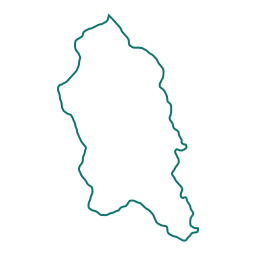 Villa Altagracia, San Cristóbal, Dominican Republic (Robinson projection)
{"feature_id": "3306468B65787617435828", "entity_name": "Villa Altagracia", "entity_type": "district", "adm_level": 2, "iso_a3": "DOM", "parent_name": "Dominican Republic", "parent_adm1": "San Cristóbal", "projection": "robinson", "projection_center": [-70.202, 18.655], "detail": "fine", "context": "isolated", "style": "outline", "palette": "teal", "viewbox_px": 256, "rotation_deg": 0, "n_neighbors": 0, "source": "geoboundaries", "source_scale": "gbopen_adm2", "svg_char_len": 5811}
<svg xmlns="http://www.w3.org/2000/svg" viewBox="0 0 256 256"><path d="M59.8,84.9L58.8,86.3L58.3,87.1L58.2,87.6L58.0,88.6L58.1,90.1L58.1,90.5L58.4,91.4L59.1,93.1L59.4,93.9L59.6,94.9L60.0,97.9L60.1,98.9L60.4,99.8L61.1,101.4L61.4,102.3L61.6,103.3L61.9,106.3L62.0,107.3L62.5,108.6L63.8,111.0L66.9,113.3L68.1,113.9L69.7,114.4L70.4,114.7L70.8,114.9L71.3,115.6L72.8,118.2L73.6,120.4L74.8,122.9L75.0,123.8L75.4,125.7L75.6,126.7L76.5,128.7L76.8,129.6L77.2,132.1L77.5,133.0L78.6,135.5L79.3,137.2L80.3,139.2L81.1,141.0L81.5,141.8L82.4,143.0L84.9,146.0L85.4,146.7L85.8,147.5L85.9,147.9L85.8,148.7L85.1,150.7L84.5,153.5L84.2,154.4L83.4,156.0L83.2,156.9L83.0,157.9L82.7,160.9L82.5,161.9L82.4,162.3L81.9,163.2L80.1,165.6L79.6,166.4L79.4,166.9L79.1,167.8L79.0,169.3L79.2,170.3L79.5,171.2L80.5,173.2L81.2,175.0L81.7,175.8L82.6,177.0L84.6,179.2L85.5,180.4L86.3,181.6L87.1,183.3L87.6,184.0L88.5,184.9L89.2,185.4L90.3,186.0L91.0,186.5L91.6,187.1L91.9,187.5L92.2,188.4L92.4,189.4L92.5,190.9L92.4,192.4L92.2,193.4L91.9,194.3L91.0,196.3L90.7,197.2L90.2,199.6L89.8,200.5L88.9,202.5L88.7,203.6L88.5,205.2L88.5,206.2L88.7,207.2L88.9,207.7L89.1,208.1L89.7,208.7L92.2,210.2L93.0,210.5L95.6,211.2L96.5,211.6L97.2,212.1L99.5,214.0L100.3,214.6L101.2,214.9L102.2,215.0L103.7,215.1L105.2,215.1L106.7,214.9L107.6,214.7L109.9,213.5L110.8,213.2L112.5,212.8L113.4,212.6L115.6,211.4L118.0,210.7L118.7,210.2L119.0,210.0L119.9,208.7L120.4,208.0L121.1,207.5L121.4,207.3L122.7,206.8L125.9,206.1L128.0,203.3L129.1,201.5L129.4,201.2L129.7,200.9L130.1,200.8L130.9,200.6L131.8,200.5L132.7,200.5L134.1,200.8L134.9,201.1L136.8,202.1L137.6,202.4L139.8,203.0L140.7,203.4L141.8,204.4L144.4,207.0L145.5,208.0L146.3,208.6L147.9,209.5L149.2,210.4L150.3,211.4L151.7,213.0L152.7,214.2L153.3,215.1L153.7,216.0L154.2,217.3L155.2,219.4L156.1,221.5L156.6,222.3L157.2,222.9L157.9,223.5L158.2,223.7L159.4,224.3L160.9,225.1L161.7,225.4L162.6,225.7L164.8,225.9L165.6,226.1L166.3,226.4L166.6,226.7L166.9,227.0L167.2,227.8L167.3,228.7L167.4,230.6L167.6,231.5L167.7,232.0L168.1,232.8L168.4,233.1L169.0,233.8L169.8,234.3L173.2,236.1L174.1,236.3L176.3,236.8L177.1,237.2L179.0,238.3L180.6,239.1L182.4,240.2L183.2,240.5L184.1,240.6L184.9,240.6L185.7,240.3L186.0,240.1L186.3,239.8L187.2,238.5L187.7,237.8L188.2,237.3L189.8,236.0L190.9,234.3L191.5,233.7L192.1,233.1L192.5,232.9L193.3,232.7L195.9,232.4L196.7,232.2L197.0,232.0L197.4,231.7L197.6,231.4L197.9,230.6L198.0,229.7L197.9,228.2L195.7,228.2L194.7,228.0L194.3,227.9L193.5,227.5L191.5,226.2L190.8,225.6L190.6,225.2L190.5,224.8L190.3,223.9L190.2,222.4L190.3,220.4L190.5,218.9L190.8,217.9L191.0,217.5L191.5,216.7L192.6,215.2L193.1,214.4L193.2,214.0L193.3,213.6L193.2,213.1L193.1,212.7L192.7,211.9L191.3,210.0L190.9,209.1L190.6,208.2L190.2,206.3L189.9,205.4L189.4,204.5L187.7,202.0L187.2,201.1L186.9,200.2L186.5,198.6L186.1,197.9L185.9,197.6L185.6,197.4L185.2,197.3L184.9,197.3L184.2,197.4L183.1,197.9L182.8,198.0L182.4,197.9L181.8,197.5L181.2,196.9L181.0,196.5L180.8,195.6L180.7,195.1L180.8,194.1L181.0,193.2L181.1,192.7L182.0,190.8L182.3,189.9L182.3,189.0L182.2,188.5L182.0,188.0L181.5,187.2L180.9,186.4L177.1,182.2L175.8,180.6L175.3,179.8L174.3,177.6L172.6,175.3L172.2,174.5L172.0,174.1L172.0,173.6L172.0,173.2L172.4,172.3L174.3,169.7L175.6,167.1L178.0,164.0L178.4,163.1L178.7,162.1L178.7,161.6L178.7,160.6L178.6,159.6L178.5,159.1L178.1,158.3L177.2,156.7L176.5,155.0L175.6,153.5L175.3,152.7L175.1,151.7L175.2,151.3L175.3,150.8L175.5,150.4L175.7,150.1L176.3,149.6L176.6,149.4L177.0,149.3L177.4,149.4L177.7,149.5L179.0,150.1L179.8,150.4L181.2,150.5L182.1,150.4L182.5,150.3L183.7,149.8L185.7,148.5L186.0,148.2L186.2,147.8L186.4,147.4L186.5,146.5L186.3,145.7L186.1,145.3L185.9,144.9L185.5,144.7L185.2,144.5L183.7,144.2L182.9,143.9L182.3,143.5L181.8,142.9L181.6,142.2L181.5,141.9L181.7,140.6L181.7,139.8L181.3,139.1L179.8,136.7L179.3,135.8L179.0,134.8L178.7,132.9L178.4,132.0L177.9,131.3L177.3,130.6L176.7,130.1L175.5,129.5L174.8,129.0L173.9,128.1L173.5,127.3L173.3,126.9L172.7,124.1L172.3,123.2L171.8,122.3L170.3,120.3L169.9,119.5L169.7,119.0L169.6,118.1L169.7,117.2L170.0,116.3L170.5,115.2L170.8,114.3L171.0,113.4L171.1,112.3L171.2,110.3L171.2,107.7L171.1,106.1L170.9,105.2L170.5,104.3L170.0,103.6L169.4,103.0L168.2,102.1L167.9,101.8L167.7,101.4L167.6,101.0L167.4,100.1L167.1,97.3L166.9,96.3L166.5,95.4L165.8,93.8L165.2,92.5L164.8,91.6L163.9,90.4L162.9,89.3L161.8,88.4L160.5,87.5L160.2,87.2L160.0,86.8L159.7,85.9L159.7,85.5L159.7,84.5L159.9,83.6L160.1,83.2L161.1,81.2L161.9,79.5L162.3,78.8L162.8,78.2L163.3,75.6L163.4,74.6L163.5,73.0L163.5,71.5L163.4,70.5L163.2,69.5L163.1,69.0L162.6,68.1L162.0,67.3L159.5,64.3L158.6,63.2L158.1,62.3L157.3,60.6L157.1,60.2L156.3,58.9L155.3,57.8L153.6,56.0L152.9,55.3L152.2,54.7L149.8,53.4L149.1,52.9L147.1,51.0L146.4,50.5L145.6,50.0L144.4,49.4L142.6,48.3L141.7,48.0L140.4,47.8L139.0,47.7L135.1,47.7L134.2,47.7L133.3,47.5L132.9,47.3L132.1,47.0L130.4,45.8L129.7,45.3L129.5,45.0L129.2,44.6L129.0,43.8L128.8,40.9L128.6,40.0L128.3,39.1L127.8,38.2L126.9,37.1L123.6,33.4L122.3,31.9L121.6,30.7L121.1,29.4L120.6,28.5L120.1,27.7L119.5,26.9L117.9,25.0L112.1,18.7L108.9,15.4L108.5,17.1L107.7,19.7L107.5,20.1L107.0,20.9L106.4,21.5L106.1,21.8L105.3,22.3L104.1,22.8L102.7,23.7L101.9,24.0L101.0,24.3L99.2,24.6L98.4,24.9L96.1,26.1L94.5,26.9L93.0,27.7L92.3,28.1L91.4,28.4L89.6,28.7L88.8,29.0L84.9,31.0L84.3,31.5L83.7,32.2L83.5,32.5L83.1,33.4L82.6,35.5L82.2,36.2L82.0,36.5L79.2,38.3L77.3,39.3L76.6,39.8L76.0,40.4L75.5,41.2L75.4,41.7L75.2,42.2L75.1,43.3L75.0,44.4L75.0,46.0L75.1,47.1L75.3,48.2L75.6,49.2L76.0,50.0L76.5,50.8L78.2,53.0L78.7,53.8L79.9,56.6L80.1,57.4L80.1,57.8L80.1,58.2L79.9,59.0L79.5,60.1L79.3,61.0L78.9,64.5L78.6,66.0L78.3,66.8L77.5,68.4L76.8,70.2L76.1,71.3L74.5,73.1L67.5,80.8L66.5,81.7L65.4,82.5L63.8,83.2L62.3,84.1L61.6,84.5L60.9,84.7L59.8,84.9Z" fill="none" stroke="#0f766e" stroke-width="2"/></svg>